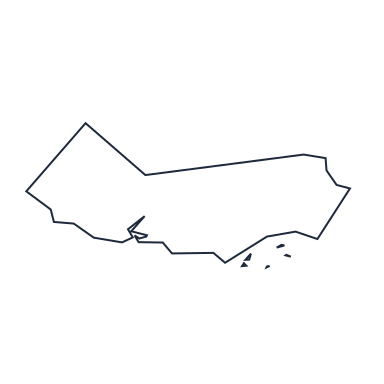 California, Robinson projection, rotated 311°
{"feature_id": "USA-3521", "entity_name": "California", "entity_type": "State", "adm_level": 1, "iso_a3": "USA", "parent_name": "United States of America", "parent_adm1": "", "projection": "robinson", "projection_center": [-120.441, 37.266], "detail": "coarse", "context": "isolated", "style": "outline", "palette": "slate", "viewbox_px": 384, "rotation_deg": 311, "n_neighbors": 0, "source": "natural_earth", "source_scale": "10m", "svg_char_len": 763}
<svg xmlns="http://www.w3.org/2000/svg" viewBox="0 0 384 384"><g transform="rotate(311 192 192)"><path d="M298.3,308.9L238.8,317.5L230.0,296.1L207.5,277.8L160.3,263.4L160.1,248.1L132.5,217.2L134.7,203.1L119.1,184.6L121.6,177.2L122.3,182.7L128.3,186.7L129.8,186.4L122.5,171.9L142.7,172.1L121.9,168.1L118.9,177.1L108.1,172.3L93.1,147.8L90.6,123.5L78.8,107.4L86.1,96.9L83.8,66.5L174.1,66.5L174.2,145.7L293.5,251.7L305.2,270.6L296.5,279.4L292.2,296.5L298.3,308.9ZM184.1,276.9L178.5,279.5L175.9,276.8L184.1,276.9ZM172.3,277.9L172.0,281.3L168.9,278.4L172.3,277.9ZM212.3,296.8L205.6,292.4L210.8,294.2L212.3,296.8ZM206.5,304.4L208.0,309.0L205.6,304.2L206.5,304.4ZM184.9,297.4L187.1,299.1L183.9,297.7L184.9,297.4Z" fill="none" stroke="#1e293b" stroke-width="2"/></g></svg>